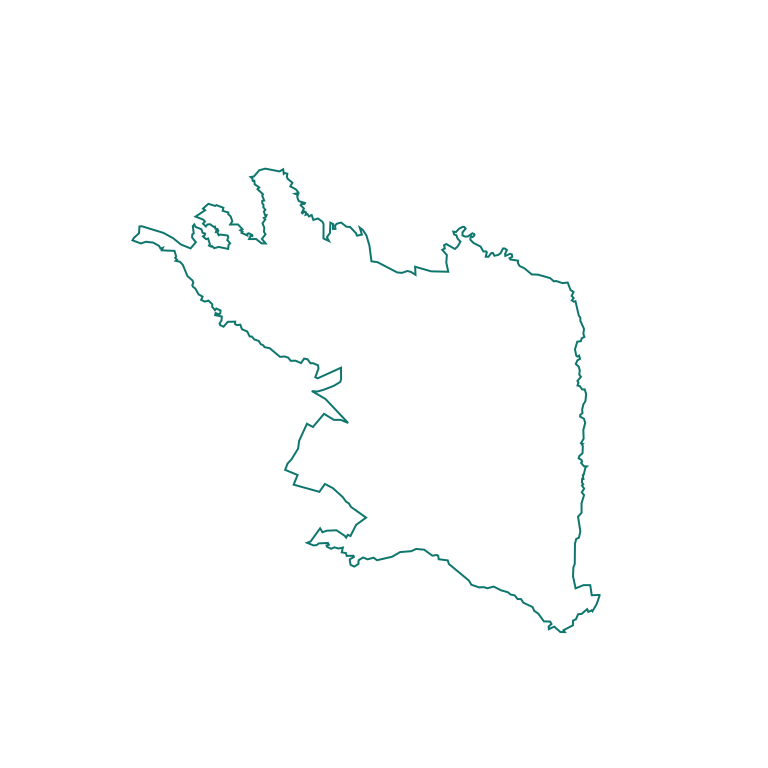 Paso del Macho, Veracruz, Mexico (Albers equal-area conic projection), rotated 207°
{"feature_id": "50627088B33800326968112", "entity_name": "Paso del Macho", "entity_type": "district", "adm_level": 2, "iso_a3": "MEX", "parent_name": "Mexico", "parent_adm1": "Veracruz", "projection": "albers", "projection_center": [-96.642, 18.948], "detail": "fine", "context": "isolated", "style": "outline", "palette": "teal", "viewbox_px": 768, "rotation_deg": 207, "n_neighbors": 0, "source": "geoboundaries", "source_scale": "gbopen_adm2", "svg_char_len": 6160}
<svg xmlns="http://www.w3.org/2000/svg" viewBox="0 0 768 768"><g transform="rotate(207 384 384)"><path d="M380.4,207.6L373.4,208.2L370.9,209.9L369.7,212.4L361.8,216.9L360.2,215.7L361.9,214.0L360.9,213.1L356.3,213.2L354.0,216.0L349.9,216.7L346.4,219.6L345.2,214.8L341.2,216.1L339.2,213.9L333.3,217.1L332.3,216.2L334.8,212.4L334.3,211.1L331.6,207.7L327.6,207.8L325.1,212.0L326.6,215.5L323.9,219.9L319.1,220.3L314.4,224.5L310.3,223.8L298.4,233.7L293.3,241.6L283.8,247.4L280.5,251.6L273.0,254.6L263.0,253.0L259.1,255.7L257.6,255.4L255.7,252.7L247.1,255.8L244.5,253.1L219.1,247.4L215.0,244.8L206.8,246.0L202.7,248.4L199.2,248.9L194.3,253.3L186.1,253.3L179.1,254.7L175.6,253.9L171.5,255.0L167.4,253.0L164.3,254.6L160.6,252.4L150.3,252.7L147.3,250.1L142.4,249.5L133.8,245.1L128.1,247.7L125.8,246.2L127.2,242.7L125.8,240.4L122.2,245.1L114.3,243.1L110.2,245.0L112.3,246.1L106.1,254.8L108.2,258.9L106.2,261.5L106.5,267.0L103.6,268.8L100.8,275.6L98.5,273.7L96.2,276.6L95.1,276.1L94.6,284.5L95.8,293.1L96.2,293.9L103.0,290.1L108.9,298.4L114.9,295.4L120.5,288.9L128.3,298.5L132.0,306.6L132.4,310.4L141.3,328.3L142.4,333.1L140.6,335.6L142.1,341.8L150.9,353.9L149.5,359.0L153.8,367.3L155.3,375.8L158.6,377.3L158.2,381.7L161.6,383.5L161.0,385.1L163.0,386.2L164.4,389.5L163.2,389.9L165.5,393.1L164.9,393.8L166.6,401.0L165.9,402.6L168.6,401.5L172.6,403.2L172.3,404.7L173.6,406.0L176.8,406.1L177.3,408.5L175.7,412.4L178.6,418.9L180.3,420.0L179.8,420.9L181.6,420.7L181.3,425.9L185.5,433.5L187.1,440.7L190.0,443.8L194.5,444.0L195.1,445.6L194.0,448.3L195.8,451.1L197.1,456.2L196.8,460.3L199.3,466.8L202.7,470.3L204.9,469.1L208.5,471.0L210.9,470.5L211.4,473.5L213.0,474.5L211.8,479.8L214.3,481.0L215.7,485.0L218.5,487.9L222.2,488.9L222.4,492.9L220.7,495.4L223.1,497.9L224.1,496.2L225.6,496.6L229.6,501.6L231.0,509.5L228.0,511.5L228.6,514.6L226.8,516.8L229.2,519.3L230.8,523.9L237.8,529.5L239.1,532.1L241.6,533.5L251.0,544.7L252.2,543.5L254.6,543.8L254.0,546.6L256.8,547.7L256.9,552.1L260.4,552.4L266.4,557.8L270.8,554.9L277.4,553.9L279.2,552.6L284.1,553.8L296.6,551.3L302.1,548.7L311.3,550.8L316.7,550.7L319.4,552.4L320.7,554.7L328.0,552.3L329.2,553.0L327.5,555.6L328.9,557.5L330.8,557.2L334.1,553.2L335.2,554.9L335.3,559.2L337.8,559.6L339.5,558.8L339.5,553.4L341.1,550.6L343.9,548.4L346.4,550.2L347.8,549.5L348.7,544.8L351.1,543.6L352.2,548.1L353.2,548.5L355.6,547.2L360.4,550.3L368.2,550.3L372.0,551.5L373.0,552.3L373.5,555.4L371.8,555.2L371.2,556.3L371.0,557.9L372.1,558.6L373.7,558.4L376.1,553.7L378.4,552.2L381.5,552.0L382.9,554.8L381.8,559.5L383.8,560.4L385.3,559.7L387.7,556.3L388.8,552.1L391.4,551.2L389.4,549.1L387.0,549.4L384.5,547.0L380.5,545.5L380.8,540.0L382.1,536.5L392.1,537.0L393.5,534.8L391.3,532.4L393.0,530.0L386.5,527.4L383.6,520.4L377.7,513.2L393.1,505.8L409.5,502.6L405.5,495.6L410.9,496.1L414.5,495.3L418.5,491.1L423.0,489.4L445.1,489.6L450.9,487.6L459.8,500.7L467.0,508.3L472.7,511.6L476.6,512.3L471.5,507.1L475.4,503.9L477.5,505.7L485.5,508.5L488.9,507.1L495.5,508.4L498.8,505.4L499.6,503.0L497.7,500.2L499.9,499.0L502.0,503.4L505.0,503.4L500.7,494.0L501.5,488.9L498.0,486.4L504.0,486.2L510.5,499.1L512.4,500.6L518.0,501.5L521.4,498.1L525.2,501.7L526.9,499.2L529.2,500.6L530.7,499.1L531.3,501.5L533.0,501.7L534.2,499.0L535.0,499.4L535.0,504.0L539.5,505.5L539.3,507.0L536.7,508.3L536.6,509.4L542.7,508.3L544.5,509.4L546.4,511.6L546.5,513.4L549.6,513.1L546.9,515.4L547.5,515.9L550.8,517.4L557.2,517.6L557.0,521.8L562.7,523.0L564.5,524.3L565.6,527.5L568.0,527.0L568.7,525.7L571.3,529.5L573.6,526.0L587.5,522.0L592.2,517.8L594.1,509.9L596.8,507.9L594.5,507.3L593.2,505.4L591.8,506.2L589.8,503.2L584.4,502.5L585.2,500.2L577.9,498.1L578.0,496.5L574.1,493.1L575.6,491.9L574.7,490.0L572.5,488.7L571.8,486.7L568.8,485.4L569.3,483.1L566.9,480.6L565.3,481.2L565.2,479.2L566.5,477.4L564.5,476.8L565.2,472.0L561.5,468.8L560.1,465.1L557.5,463.5L558.7,457.8L553.3,455.5L557.0,453.7L563.7,455.1L570.0,451.9L570.1,455.6L568.5,456.0L568.9,456.9L572.9,456.9L573.9,455.9L573.1,454.3L579.5,454.0L579.2,455.5L581.8,455.7L580.4,457.6L586.5,459.9L593.4,456.3L593.0,460.1L596.7,463.7L599.9,464.6L600.5,466.1L606.4,465.1L607.1,468.1L614.5,467.3L615.3,466.0L622.3,464.8L624.9,458.1L622.3,457.6L627.9,447.6L619.7,448.4L617.3,447.5L618.1,444.7L614.2,443.5L613.8,445.9L611.6,447.4L607.0,446.7L606.0,447.5L604.9,445.9L602.7,446.5L601.7,445.6L603.1,444.9L602.8,443.2L601.3,444.5L601.2,443.3L598.8,441.5L597.8,442.8L590.8,445.3L589.4,444.3L589.0,441.1L585.0,439.5L585.6,437.3L584.2,433.6L593.5,431.1L597.0,427.9L599.9,428.9L600.3,427.9L602.8,427.9L602.6,429.5L606.8,433.8L608.3,432.3L612.3,433.3L611.3,435.3L611.7,436.8L614.3,436.4L616.9,439.0L623.2,438.4L625.5,440.0L626.0,437.8L621.9,431.8L622.7,430.2L621.5,427.4L616.0,424.9L617.9,417.0L628.4,416.1L638.1,418.2L649.2,418.5L671.5,414.6L673.4,413.3L670.7,407.1L673.2,400.7L673.3,397.8L664.3,398.9L660.8,402.6L653.9,405.2L647.0,404.9L644.6,403.2L642.9,405.0L642.7,402.2L631.1,407.5L627.1,403.3L627.3,401.6L624.9,400.8L625.5,399.2L621.3,400.3L617.3,398.8L608.1,390.9L601.6,389.3L599.9,387.7L599.7,385.0L598.2,383.9L595.4,383.4L589.9,379.7L585.3,379.5L585.1,375.9L581.0,376.1L578.3,378.6L573.2,377.1L572.1,374.8L568.1,373.0L567.7,375.1L563.0,375.3L562.0,372.6L562.7,371.2L566.2,370.7L565.7,368.7L559.2,370.5L557.6,366.8L558.0,363.2L556.7,362.1L553.0,362.2L551.4,368.5L544.9,372.0L544.1,369.9L542.0,369.6L539.0,371.6L535.4,368.3L529.7,368.7L525.3,365.4L523.3,366.3L519.8,364.8L515.2,365.5L511.8,363.5L509.1,363.7L507.2,362.6L502.1,364.0L489.0,361.0L485.0,363.4L481.3,364.0L477.7,362.3L473.4,364.6L467.4,365.0L466.7,370.4L463.4,371.3L458.9,369.1L456.8,370.3L451.3,370.7L449.4,368.1L448.3,358.9L445.7,358.9L429.7,379.0L424.4,368.8L423.9,366.0L428.0,359.4L435.5,351.1L440.0,347.0L445.1,344.9L429.4,344.1L398.3,333.0L406.3,332.4L412.4,329.3L423.9,330.2L427.8,313.4L434.6,313.6L433.8,294.8L431.2,287.5L432.2,275.0L433.8,269.3L433.1,262.6L419.7,263.7L418.8,253.3L392.6,258.6L391.3,268.1L382.2,268.0L369.4,264.5L364.3,261.9L361.1,261.7L357.7,259.5L339.3,256.8L344.9,245.9L344.9,233.3L347.8,233.2L348.0,229.9L350.0,230.9L359.9,232.1L368.4,227.3L371.5,224.0L375.4,226.4L377.9,210.4L380.4,207.6Z" fill="none" stroke="#0f766e" stroke-width="2"/></g></svg>